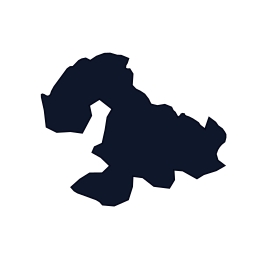 Ludzas, Mercator projection, rotated 148°
{"feature_id": "LVA-1065", "entity_name": "Ludzas", "entity_type": "Municipality", "adm_level": 1, "iso_a3": "LVA", "parent_name": "Latvia", "parent_adm1": "", "projection": "mercator", "projection_center": [27.798, 56.379], "detail": "fine", "context": "isolated", "style": "filled", "palette": "ink", "viewbox_px": 256, "rotation_deg": 148, "n_neighbors": 0, "source": "natural_earth", "source_scale": "10m", "svg_char_len": 1371}
<svg xmlns="http://www.w3.org/2000/svg" viewBox="0 0 256 256"><g transform="rotate(148 128 128)"><path d="M190.2,76.4L190.9,80.5L192.8,84.2L205.0,99.8L206.8,103.3L207.6,107.9L196.0,109.9L184.5,109.9L173.7,103.3L163.4,105.5L166.4,117.5L171.2,126.3L166.4,129.6L157.9,128.5L148.3,138.3L139.8,148.1L131.3,152.5L136.8,167.7L148.9,167.7L152.5,157.9L169.4,148.1L178.5,155.7L190.6,162.3L196.6,172.1L189.4,187.3L184.9,199.9L183.6,202.1L182.7,202.0L181.5,200.6L180.7,198.9L179.6,197.5L177.7,196.9L175.8,197.4L173.3,199.5L168.7,202.1L148.1,210.3L144.7,210.5L142.2,209.1L134.1,211.1L130.7,210.9L126.9,209.5L124.3,205.1L116.7,205.3L108.6,203.6L103.6,200.7L98.8,195.3L95.4,193.0L90.8,186.6L94.5,183.6L96.6,182.6L98.5,180.4L98.1,179.1L97.0,178.0L95.3,177.1L95.3,171.4L102.0,162.1L100.9,156.8L98.1,152.2L96.1,147.8L95.5,141.6L95.9,138.4L96.0,135.9L91.4,131.2L84.4,128.3L80.2,122.5L80.6,118.9L79.8,116.3L80.1,110.6L76.9,110.7L75.6,111.5L74.2,111.3L72.9,110.1L73.2,109.0L72.6,107.4L70.7,105.1L68.4,101.3L65.6,95.2L65.5,92.1L63.3,86.1L53.7,93.9L50.8,86.4L50.6,82.1L48.6,77.3L48.4,73.3L48.6,70.8L50.2,68.2L53.3,65.2L57.5,64.7L60.6,63.7L63.6,62.2L67.2,59.4L69.0,53.0L65.9,44.9L75.7,45.3L88.4,48.6L96.3,48.6L104.1,62.8L111.4,68.3L116.2,59.5L124.7,55.2L136.8,65.0L141.6,78.2L149.5,84.7L155.5,76.0L165.8,67.2L180.9,69.4L190.2,76.4Z" fill="#0f172a" stroke="#020617" stroke-width="1.5"/></g></svg>